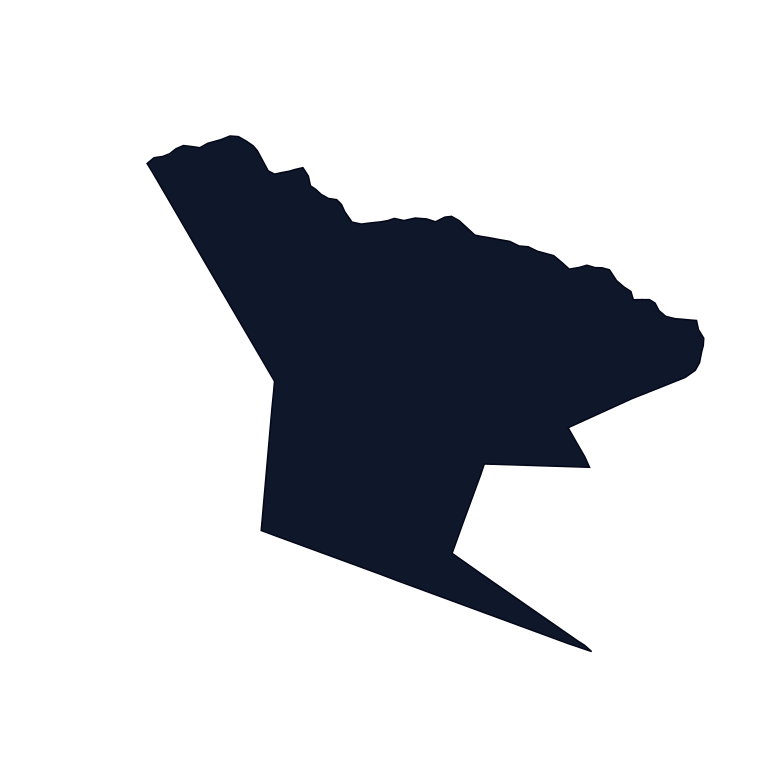 Antas, Bahia, Brazil, rotated 198°
{"feature_id": "56859067B87262199303624", "entity_name": "Antas", "entity_type": "district", "adm_level": 2, "iso_a3": "BRA", "parent_name": "Brazil", "parent_adm1": "Bahia", "projection": "albers", "projection_center": [-38.294, -10.395], "detail": "fine", "context": "isolated", "style": "filled", "palette": "ink", "viewbox_px": 768, "rotation_deg": 198, "n_neighbors": 0, "source": "geoboundaries", "source_scale": "gbopen_adm2", "svg_char_len": 1461}
<svg xmlns="http://www.w3.org/2000/svg" viewBox="0 0 768 768"><g transform="rotate(198 384 384)"><path d="M677.5,520.5L670.6,514.7L657.8,503.3L640.3,487.7L593.3,445.6L541.7,399.7L489.0,352.8L486.4,341.6L483.2,326.8L455.5,206.7L438.4,206.0L329.1,201.9L308.1,200.9L128.4,194.0L103.9,193.7L112.5,197.5L120.3,199.5L232.4,233.3L266.9,244.0L266.0,274.4L264.0,327.6L263.9,338.9L162.8,368.3L170.6,376.9L185.5,390.3L195.4,399.3L144.1,446.3L99.6,483.3L92.2,493.2L90.5,501.8L91.8,512.6L92.2,519.2L94.0,526.3L101.8,533.0L106.4,541.0L112.6,539.5L119.8,537.9L127.4,536.1L137.0,535.4L145.2,538.8L151.2,544.7L157.5,546.3L165.1,543.9L172.9,541.2L177.7,548.2L185.9,550.5L194.8,554.2L204.9,562.3L212.7,561.9L219.2,559.9L227.7,559.7L234.2,555.3L243.3,550.5L252.0,554.4L262.2,558.5L270.8,558.1L279.3,557.7L289.2,559.1L298.2,557.0L308.5,558.5L320.3,556.8L329.1,555.7L337.3,554.4L343.7,553.7L352.3,557.7L363.1,562.6L371.6,564.3L377.7,561.5L385.2,554.2L394.3,554.2L405.6,551.5L415.6,545.6L425.3,544.7L431.0,540.5L437.7,537.0L447.2,532.8L455.0,529.1L464.5,528.1L474.5,535.7L479.9,541.6L486.0,544.7L494.2,543.3L502.6,545.0L509.0,548.0L515.2,549.8L520.2,558.4L528.0,564.7L534.8,560.6L539.9,557.1L546.4,553.6L552.9,549.8L560.0,550.9L567.8,558.4L576.6,566.8L582.0,570.1L590.2,572.5L598.9,574.3L607.1,572.3L614.5,566.1L626.1,558.4L632.2,551.8L640.0,550.5L648.5,548.8L654.6,543.4L659.0,536.8L664.8,532.0L672.6,528.2L677.5,520.5Z" fill="#0f172a" stroke="#020617" stroke-width="1.5"/></g></svg>